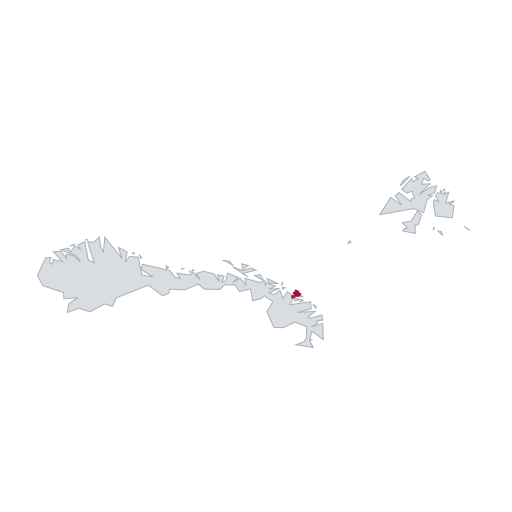 location of Hasvik nor, Finnmark, Norway, rotated 59°
{"feature_id": "86288312B50454164159248", "entity_name": "Hasvik nor", "entity_type": "district", "adm_level": 2, "iso_a3": "NOR", "parent_name": "Norway", "parent_adm1": "Finnmark", "projection": "orthographic", "projection_center": [22.251, 70.523], "detail": "fine", "context": "in_parent", "style": "filled", "palette": "rose", "viewbox_px": 512, "rotation_deg": 59, "n_neighbors": 0, "source": "geoboundaries", "source_scale": "gbopen_adm2", "svg_char_len": 7154}
<svg xmlns="http://www.w3.org/2000/svg" viewBox="0 0 512 512"><g transform="rotate(59 256 256)"><path d="M303.9,265.1L294.0,269.6L295.4,272.8L292.6,281.9L281.4,277.6L278.0,288.4L270.1,289.0L264.7,297.2L266.0,304.3L257.8,317.4L250.5,319.8L248.1,334.9L239.9,347.2L243.0,349.8L242.0,356.5L225.5,363.3L219.9,397.3L225.2,405.0L219.1,410.5L218.3,427.0L209.5,435.0L207.2,446.9L200.4,440.9L200.0,430.0L193.7,442.8L188.3,439.7L171.6,454.0L160.1,453.4L149.3,437.3L151.5,432.5L155.3,436.3L158.3,434.6L154.4,431.7L161.1,424.8L148.1,427.5L151.6,420.7L160.6,419.9L156.4,417.9L161.7,412.3L170.5,409.4L162.3,410.4L150.1,420.3L152.8,412.6L157.2,413.2L153.9,406.1L159.5,403.1L154.6,402.7L155.6,395.4L172.7,401.7L178.7,398.3L157.1,393.0L160.5,388.3L159.0,380.4L167.7,384.5L174.1,384.7L162.1,375.9L189.1,372.2L177.8,369.6L186.3,364.5L193.9,371.1L191.3,364.6L196.4,357.5L213.6,363.7L220.9,354.9L208.0,361.6L204.8,357.3L224.2,337.3L232.4,336.4L236.2,332.5L230.1,332.6L238.8,321.4L237.3,318.4L247.1,316.2L240.2,316.4L242.0,309.0L249.6,301.2L259.2,300.8L252.4,298.7L256.7,293.6L260.7,298.3L261.8,295.1L256.1,289.1L265.3,282.3L266.8,289.0L266.8,280.8L276.2,279.6L269.3,277.1L280.8,266.4L282.2,260.7L286.0,263.8L284.6,260.4L291.8,255.0L291.2,262.0L295.9,252.5L294.2,263.7L298.4,260.5L297.8,253.1L306.4,254.7L302.6,247.3L310.9,244.7L315.2,251.9L323.4,232.7L329.7,235.9L325.8,249.3L334.0,233.8L335.1,243.1L337.5,241.1L340.3,230.0L345.3,231.7L342.8,237.5L345.1,237.5L345.4,245.3L348.1,233.5L362.3,241.4L349.3,246.8L355.9,253.5L363.9,254.2L352.7,267.4L354.1,258.8L352.5,255.3L342.9,248.9L332.8,256.6L331.4,269.8L326.4,277.4L309.3,275.4L303.9,265.1ZM289.0,65.1L293.7,70.1L292.5,77.6L295.3,73.8L295.8,80.1L305.1,90.0L296.6,96.4L284.3,128.7L275.2,110.4L287.5,104.6L276.2,105.7L275.3,100.8L289.3,95.2L286.8,93.4L288.3,90.5L280.8,88.7L279.9,94.2L273.9,96.7L269.7,82.7L273.3,83.3L273.0,76.9L269.8,79.4L270.3,67.7L280.3,67.5L280.8,69.4L275.8,72.2L279.8,77.1L283.8,69.7L287.3,84.7L286.9,71.1L289.0,65.1ZM300.5,58.0L308.3,66.0L310.5,58.2L311.5,59.1L310.9,63.5L314.9,60.3L324.3,68.0L314.1,81.6L301.0,76.2L299.6,74.2L303.3,71.5L296.6,71.0L295.2,67.8L297.3,66.0L294.4,63.8L298.9,64.6L298.6,60.6L300.3,62.6L300.5,58.0ZM305.8,92.7L312.8,100.8L311.5,103.8L318.6,107.9L310.4,117.0L308.9,116.2L309.9,111.8L302.9,113.5L305.9,105.0L300.7,94.7L305.8,92.7ZM264.3,276.0L269.8,273.7L253.3,281.6L262.0,274.8L263.4,266.9L268.1,263.1L264.3,276.0ZM273.9,262.0L281.0,262.0L272.2,267.3L273.9,262.0ZM281.1,258.1L291.4,251.0L285.8,258.9L281.1,258.1ZM266.7,83.0L269.6,92.3L270.0,96.2L267.1,91.3L266.7,83.0ZM260.3,267.4L260.8,274.6L255.3,272.2L260.3,267.4ZM315.4,236.5L311.8,241.6L306.6,239.5L312.6,238.5L315.4,236.5ZM316.2,240.1L314.6,246.1L312.3,244.5L316.2,240.1ZM246.7,281.3L252.5,280.5L245.7,284.2L246.7,281.3ZM343.7,60.0L337.5,62.7L343.8,59.6L343.7,60.0ZM330.4,84.7L334.7,85.4L328.4,87.0L330.4,84.7ZM326.7,232.0L330.4,230.5L331.7,231.6L326.7,232.0ZM318.6,238.6L317.9,241.8L316.9,239.1L318.6,238.6ZM298.2,247.3L298.0,250.5L296.5,249.3L298.2,247.3ZM293.0,167.5L292.4,170.6L291.1,168.0L293.0,167.5ZM325.5,90.1L323.4,89.9L323.2,88.7L325.5,90.1ZM220.6,336.6L221.4,339.4L218.1,338.1L220.6,336.6ZM291.6,246.4L293.5,247.7L294.5,249.5L291.6,246.4ZM295.9,60.0L296.5,62.1L295.4,61.2L295.9,60.0ZM198.5,356.0L194.5,355.4L199.0,354.8L198.5,356.0ZM191.9,358.9L189.9,360.6L189.5,359.4L191.9,358.9ZM244.7,284.8L242.5,287.0L245.1,283.1L244.7,284.8ZM152.8,406.9L151.5,410.1L152.3,405.6L152.8,406.9ZM235.7,318.7L235.2,316.5L236.4,316.8L235.7,318.7ZM356.4,250.4L356.3,253.0L356.1,252.6L356.4,250.4ZM236.5,320.9L234.3,320.9L237.0,320.4L236.5,320.9ZM229.4,324.5L229.3,326.6L228.4,325.7L229.4,324.5ZM155.6,392.3L154.0,394.0L154.7,392.4L155.6,392.3Z" fill="#d9dde1" stroke="#a8b0b8" stroke-width="1"/><path d="M311.3,237.5L311.2,237.6L310.9,237.8L310.9,237.7L310.9,237.8L310.9,238.1L311.0,238.3L311.2,238.1L311.2,238.3L311.3,238.5L311.1,238.6L311.4,238.6L311.3,238.8L311.2,239.0L311.4,239.1L311.5,239.3L311.6,239.5L311.8,239.5L311.7,239.7L311.4,239.7L311.2,239.5L311.1,239.8L310.9,239.9L311.0,240.0L311.1,240.3L311.0,240.2L310.9,240.1L310.9,239.9L310.8,239.6L310.6,239.7L310.4,239.5L310.5,239.7L310.5,239.8L310.3,239.8L310.1,239.9L310.1,239.6L310.2,239.4L310.4,239.2L310.6,239.1L310.7,238.9L310.5,239.0L310.6,238.8L310.4,238.9L310.4,238.7L310.2,238.7L310.0,238.4L309.8,238.3L309.8,238.5L309.6,238.7L309.6,238.8L309.6,239.0L309.8,239.1L309.6,239.2L309.6,239.3L309.5,239.2L309.4,239.1L309.3,238.9L309.2,238.8L309.2,238.6L309.1,238.4L308.9,238.3L309.0,238.5L308.9,238.5L308.8,238.8L308.7,239.0L309.0,239.2L308.9,239.2L309.0,239.3L308.9,239.3L308.9,239.6L309.1,239.7L309.0,239.8L309.1,240.0L308.9,240.0L308.8,239.8L308.5,239.7L308.2,239.4L308.2,239.2L307.9,239.1L307.9,239.3L308.1,239.3L308.0,239.5L308.0,239.9L307.7,239.7L307.6,240.0L307.5,239.9L307.4,239.9L307.4,239.7L307.1,239.7L306.9,239.6L306.6,239.6L306.5,239.2L306.4,239.3L306.5,239.3L306.4,239.4L306.3,239.5L306.2,239.8L306.3,239.8L306.6,239.9L306.5,240.0L306.4,240.0L306.6,240.0L306.4,240.0L306.5,240.0L306.7,239.9L306.9,240.0L306.9,240.3L306.7,240.2L306.6,240.3L306.6,240.5L306.7,240.8L306.8,240.9L306.9,240.7L307.0,240.6L307.2,240.8L307.3,240.9L307.3,240.6L307.7,240.3L308.0,240.3L308.2,240.5L308.5,240.4L308.5,240.5L308.4,240.7L308.4,240.8L308.4,240.7L308.3,240.8L308.2,240.8L307.9,241.0L308.1,241.1L308.3,241.2L308.2,241.3L308.0,241.6L307.8,241.6L307.7,241.7L307.6,241.8L307.5,242.0L307.4,242.0L307.3,242.3L307.5,242.3L307.4,242.4L307.6,242.4L307.4,242.5L307.5,242.6L307.4,242.5L307.1,242.7L307.2,242.8L307.3,242.8L307.6,243.0L307.7,242.9L307.6,242.7L307.8,242.7L308.0,242.8L308.2,242.7L308.1,242.4L308.1,242.2L308.3,242.0L308.2,242.0L308.5,241.7L308.4,241.9L308.5,241.9L308.4,242.0L308.4,242.3L308.4,242.5L308.5,242.6L308.9,242.4L309.0,242.3L309.0,242.2L309.1,242.3L309.1,242.5L309.3,242.7L309.5,242.6L309.5,242.4L309.4,242.4L309.4,242.2L309.5,241.9L309.6,242.0L309.8,242.3L309.8,242.5L309.9,242.4L310.0,242.4L310.0,242.5L310.2,242.3L310.2,242.0L310.2,241.9L310.3,242.0L310.4,242.3L310.5,242.2L310.4,242.0L310.5,241.9L310.4,241.8L310.4,241.5L310.4,241.4L310.5,241.4L310.6,241.6L310.6,241.4L310.8,241.5L311.1,241.3L310.9,241.5L310.8,241.8L310.8,241.7L310.8,241.9L310.8,242.0L311.0,242.3L311.0,241.9L311.0,241.7L311.1,241.4L311.3,241.1L311.5,241.0L311.6,240.9L311.5,240.7L311.7,240.8L311.8,240.8L311.9,240.6L312.0,240.5L312.0,240.4L312.1,240.2L312.0,239.9L311.8,239.8L311.9,239.6L312.0,239.5L311.9,239.2L311.7,239.1L311.7,238.9L311.9,238.8L311.9,238.7L312.0,238.5L311.7,238.4L311.5,238.2L311.4,238.0L311.2,237.9L311.4,237.7L311.3,237.5ZM309.7,246.3L309.9,246.4L310.0,246.4L310.2,246.5L310.2,246.4L310.4,246.2L310.6,246.3L310.7,246.2L310.8,246.0L310.8,245.8L310.7,245.7L310.7,245.4L310.9,245.3L310.9,245.2L310.9,244.7L310.9,244.4L310.7,244.4L310.7,244.5L310.7,244.8L310.7,245.1L310.6,244.5L310.3,244.5L310.3,244.9L310.3,245.1L310.2,244.9L310.3,244.6L310.2,244.5L310.1,244.9L310.0,245.0L309.9,245.1L309.9,244.9L309.8,244.7L309.3,244.9L309.6,245.2L309.6,245.4L309.6,245.6L309.5,245.4L309.5,245.2L309.4,245.2L309.2,245.0L308.9,245.1L308.8,245.3L309.1,245.4L309.1,245.6L309.2,245.8L309.3,246.0L309.5,246.1L309.7,246.3Z" fill="#f43f5e" stroke="#9f1239" stroke-width="1.5"/></g></svg>